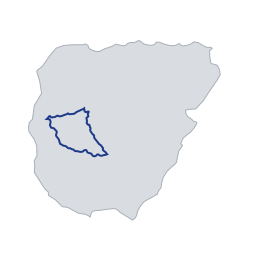 location of Florida within Uruguay, rotated 81°
{"feature_id": "URY-18", "entity_name": "Florida", "entity_type": "Department", "adm_level": 1, "iso_a3": "URY", "parent_name": "Uruguay", "parent_adm1": "", "projection": "orthographic", "projection_center": [-55.814, -33.776], "detail": "medium", "context": "in_parent", "style": "outline", "palette": "blue", "viewbox_px": 256, "rotation_deg": 81, "n_neighbors": 0, "source": "natural_earth", "source_scale": "10m", "svg_char_len": 3619}
<svg xmlns="http://www.w3.org/2000/svg" viewBox="0 0 256 256"><g transform="rotate(81 128 128)"><path d="M210.1,179.3L208.4,180.8L206.6,183.6L204.3,190.5L197.0,199.9L195.4,205.3L187.7,210.8L182.2,217.0L178.7,216.8L175.5,219.5L157.2,227.5L150.7,225.9L145.9,225.9L141.4,222.3L131.1,220.9L124.7,222.4L116.1,226.4L113.5,226.3L111.6,226.1L107.0,224.5L104.4,221.0L91.1,217.0L80.2,207.9L67.6,207.9L57.9,209.3L56.4,208.1L55.3,205.7L53.2,202.4L44.7,194.4L37.9,186.4L36.4,178.5L37.1,169.8L38.8,159.5L38.4,156.3L40.8,154.4L43.3,154.0L45.5,151.3L47.6,147.2L47.9,144.2L46.1,138.6L44.8,130.7L43.3,126.9L45.9,120.6L46.0,117.6L44.4,115.0L43.9,112.3L44.5,109.5L44.3,106.8L43.3,104.3L44.0,102.2L46.4,100.4L48.3,97.8L49.4,94.3L50.0,91.6L50.0,89.8L49.2,88.1L47.6,86.5L48.3,83.3L51.2,78.4L53.0,74.0L53.9,70.3L53.7,67.3L52.7,65.0L53.1,63.4L54.9,62.6L55.7,60.1L55.3,54.1L53.3,49.1L54.7,45.2L58.8,40.5L61.0,36.8L61.1,34.0L62.4,32.4L64.5,35.4L70.5,36.1L76.5,36.1L77.5,35.3L79.8,30.3L82.9,28.9L86.3,28.5L90.0,28.7L94.0,31.9L105.3,42.6L113.5,50.0L116.0,53.5L118.2,56.1L119.8,58.6L119.1,64.9L119.3,67.7L119.6,68.5L121.5,68.6L124.3,68.1L126.6,66.8L128.4,64.7L130.2,63.1L131.6,62.2L132.2,60.8L133.0,59.4L133.8,59.1L135.5,60.2L139.3,63.8L142.2,67.2L142.9,69.1L144.1,71.1L145.3,72.9L146.1,74.6L149.0,76.8L151.8,78.3L153.8,76.9L158.7,81.5L169.5,85.5L171.5,87.9L173.3,91.2L177.0,96.3L182.2,100.9L186.4,102.9L190.4,104.1L192.6,105.1L194.1,106.9L196.6,108.8L198.1,109.5L198.6,111.2L200.1,114.9L201.7,119.6L203.4,123.9L207.2,128.1L211.5,131.4L216.1,133.4L218.6,135.7L219.6,138.1L216.5,141.5L213.0,145.7L210.0,149.1L206.9,151.4L205.9,153.1L205.2,155.6L204.9,169.2L204.5,174.2L204.7,175.6L205.1,176.5L207.0,177.9L209.2,179.1L210.1,179.3Z" fill="#d9dde1" stroke="#a8b0b8" stroke-width="1"/><path d="M145.6,156.3L146.4,155.8L148.3,154.0L150.7,152.7L151.0,154.9L151.0,156.3L151.3,158.2L151.3,158.6L150.7,160.1L150.2,160.8L149.6,161.3L149.3,161.9L149.4,162.6L150.3,163.8L150.6,164.4L150.7,165.4L150.6,165.9L150.3,166.6L149.7,167.3L148.3,167.9L147.5,168.4L147.1,169.3L146.4,171.0L145.9,171.6L145.5,172.0L145.1,172.1L143.6,172.5L143.3,172.9L143.0,173.9L143.1,174.5L144.2,176.5L144.3,176.9L144.3,177.4L144.1,179.0L142.8,182.1L142.7,183.4L142.4,184.0L140.8,185.3L140.5,185.8L140.1,186.9L138.9,188.4L138.8,189.0L138.8,189.5L138.7,190.0L138.3,190.5L136.6,191.9L136.2,192.4L135.9,193.0L135.4,194.4L135.0,195.1L134.0,196.1L133.0,197.5L128.8,198.1L127.8,198.4L125.5,199.8L124.8,200.1L124.0,200.2L123.4,200.1L121.6,199.2L120.9,199.0L120.1,199.0L116.7,201.3L116.4,201.8L116.0,203.1L115.7,203.7L115.4,204.0L115.1,204.1L113.4,204.5L112.8,204.6L112.4,204.5L110.5,203.6L109.7,203.5L108.7,203.6L108.1,203.7L107.3,204.1L107.0,204.8L106.4,206.8L106.0,206.1L104.1,204.0L104.0,203.8L104.0,203.6L104.1,203.2L104.3,203.0L105.3,202.4L105.5,202.0L105.6,201.7L105.7,198.9L105.7,198.5L105.5,197.9L104.9,196.3L104.8,195.9L105.0,195.3L105.7,194.0L105.9,193.0L105.7,191.3L104.7,186.3L104.2,185.0L105.0,184.2L105.3,183.3L105.5,179.2L105.3,178.4L104.7,177.3L104.2,176.5L102.2,169.3L101.7,168.2L104.4,168.3L105.0,168.0L105.4,167.7L105.7,167.1L105.5,164.6L105.6,164.4L105.8,164.3L106.2,164.4L107.3,165.3L108.0,165.5L109.8,165.4L110.3,165.4L110.7,165.9L111.2,167.1L111.5,167.4L111.9,167.5L114.1,167.4L115.0,167.5L116.7,168.0L117.0,168.0L117.2,167.9L118.3,167.1L118.6,166.6L118.7,165.9L118.9,165.7L119.2,165.6L120.4,165.5L122.2,165.1L122.7,165.1L123.7,165.6L124.4,165.7L125.8,165.3L127.9,164.3L128.9,163.7L129.7,162.8L129.9,162.7L130.7,162.7L132.2,162.9L133.0,162.6L139.6,158.9L140.5,157.7L144.0,155.8L144.3,155.9L145.1,156.2L145.6,156.3Z" fill="none" stroke="#1e3a8a" stroke-width="2"/></g></svg>